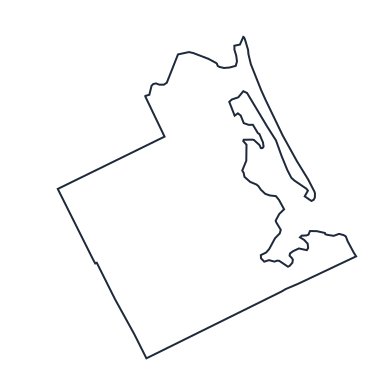 Pacific, Washington, United States of America, rotated 154°
{"feature_id": "52423323B94422507286019", "entity_name": "Pacific", "entity_type": "district", "adm_level": 2, "iso_a3": "USA", "parent_name": "United States of America", "parent_adm1": "Washington", "projection": "albers", "projection_center": [-123.933, 46.517], "detail": "fine", "context": "isolated", "style": "outline", "palette": "slate", "viewbox_px": 384, "rotation_deg": 154, "n_neighbors": 0, "source": "geoboundaries", "source_scale": "gbopen_adm2", "svg_char_len": 1804}
<svg xmlns="http://www.w3.org/2000/svg" viewBox="0 0 384 384"><g transform="rotate(154 192 192)"><path d="M72.7,62.2L73.2,66.7L73.7,79.7L73.2,84.6L74.6,86.8L78.2,89.9L83.9,90.5L89.3,94.3L90.7,95.6L90.5,96.9L97.0,102.1L103.1,105.2L106.0,102.6L108.2,102.8L112.6,104.7L114.8,103.9L112.2,99.8L110.7,94.8L112.2,90.7L114.3,89.4L120.7,94.4L127.0,94.5L130.9,93.8L132.2,92.0L131.2,88.8L131.0,87.0L132.8,84.4L136.7,82.8L138.5,82.8L143.8,91.9L145.7,93.0L148.4,93.3L152.7,97.0L157.6,97.7L159.0,102.1L157.8,105.1L151.9,105.1L147.6,106.9L137.7,114.0L131.3,116.3L128.8,119.1L129.6,128.0L129.3,129.6L123.2,134.0L116.8,136.1L117.3,146.8L118.4,151.5L123.7,154.9L127.0,158.3L129.1,163.9L129.8,168.4L130.9,170.6L135.3,175.6L138.2,182.6L137.2,186.6L137.4,189.3L129.5,196.3L122.3,210.6L123.6,215.3L122.6,216.3L114.4,212.4L113.5,211.5L110.8,204.7L110.8,201.2L109.4,200.6L107.8,201.4L106.5,205.3L106.0,214.5L107.0,216.0L107.1,217.3L107.8,225.7L111.6,227.5L115.3,231.2L114.7,239.4L116.3,242.6L120.2,241.9L119.0,256.7L115.7,257.7L108.9,256.8L101.7,260.1L99.1,256.8L95.7,217.3L93.9,201.6L95.7,185.1L96.7,169.9L96.5,161.3L94.9,157.3L87.8,144.9L87.2,142.4L92.6,138.7L88.6,131.6L86.0,131.7L84.0,133.2L82.1,136.8L81.8,138.7L82.1,152.4L84.2,173.6L85.7,203.0L85.5,242.4L85.2,253.1L83.1,281.0L80.9,291.0L79.3,295.2L77.6,305.4L77.4,308.0L77.9,308.9L84.3,303.5L89.8,304.9L91.5,301.2L92.5,295.1L94.3,289.7L97.4,286.2L103.6,287.4L108.8,289.4L112.3,292.2L113.6,293.9L113.4,296.5L113.9,297.6L118.8,304.4L130.0,316.4L133.4,319.1L144.3,321.8L166.7,301.3L170.2,300.8L174.3,302.8L176.8,305.4L179.5,306.0L181.8,305.2L187.7,298.1L191.8,298.8L192.1,298.3L192.4,253.8L311.3,253.6L310.5,174.9L310.3,170.2L308.6,170.1L308.2,129.4L306.2,89.4L305.9,62.5L155.1,63.3L150.2,63.7L137.2,63.0L72.7,62.2Z" fill="none" stroke="#1e293b" stroke-width="2"/></g></svg>